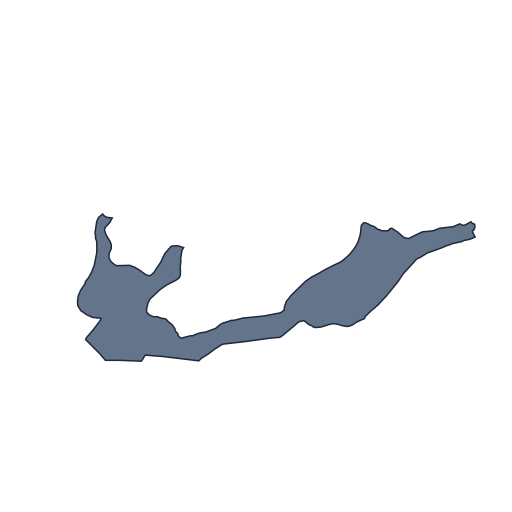 Nahualá, Sololá, Guatemala, rotated 227°
{"feature_id": "79465075B99753253329912", "entity_name": "Nahualá", "entity_type": "district", "adm_level": 2, "iso_a3": "GTM", "parent_name": "Guatemala", "parent_adm1": "Sololá", "projection": "equal_earth", "projection_center": [-91.386, 14.735], "detail": "fine", "context": "isolated", "style": "filled", "palette": "slate", "viewbox_px": 512, "rotation_deg": 227, "n_neighbors": 0, "source": "geoboundaries", "source_scale": "gbopen_adm2", "svg_char_len": 3157}
<svg xmlns="http://www.w3.org/2000/svg" viewBox="0 0 512 512"><g transform="rotate(227 256 256)"><path d="M180.8,217.2L180.1,218.6L179.7,221.7L178.8,237.4L178.8,240.5L178.3,243.2L177.8,243.9L176.2,246.7L175.5,247.1L169.7,247.9L166.7,249.3L165.3,249.4L162.8,251.0L159.6,255.3L158.3,258.0L155.6,263.7L153.2,267.0L149.8,269.6L146.1,271.6L145.5,272.1L142.7,274.2L141.0,276.4L140.6,277.9L140.1,278.5L138.8,285.3L137.6,288.9L136.2,292.7L137.1,294.0L137.3,295.3L137.4,303.0L137.0,311.7L137.9,324.5L140.4,342.5L142.5,350.9L144.2,371.6L143.1,374.7L141.4,383.3L138.4,390.2L136.5,394.6L135.7,396.5L135.1,398.0L133.6,402.2L131.8,406.1L130.8,408.6L126.6,415.6L126.2,416.4L126.0,417.2L125.8,418.1L124.6,420.1L122.3,424.0L122.1,424.6L121.7,425.6L120.7,428.4L120.4,429.2L121.4,429.4L124.9,430.4L126.6,431.2L126.6,434.1L127.4,434.9L128.3,436.3L130.2,437.6L132.1,436.5L134.4,436.6L136.0,430.1L137.4,428.1L140.5,427.0L143.1,420.0L151.1,409.2L153.4,403.2L157.0,398.2L159.8,394.8L160.8,392.5L164.7,379.5L167.3,377.6L169.1,376.7L176.5,376.0L183.3,374.4L183.8,374.1L184.3,373.5L184.5,372.5L184.5,371.5L184.5,370.1L184.8,369.1L189.0,365.0L191.1,364.3L192.5,363.2L196.7,362.6L200.3,360.7L203.6,359.7L205.9,358.4L206.9,357.2L206.5,353.8L200.7,347.1L197.2,341.1L195.4,336.8L194.3,332.2L193.4,326.1L193.3,320.8L193.7,315.5L193.9,314.0L194.3,312.6L194.5,311.7L195.4,309.2L196.9,304.3L197.3,302.8L197.6,301.8L198.3,299.7L201.1,287.9L202.6,282.8L203.7,275.3L203.3,255.1L202.0,247.0L199.3,242.0L197.3,239.7L197.5,235.8L198.0,235.3L198.0,234.7L200.4,231.0L206.3,221.5L216.5,208.0L219.5,204.2L221.3,200.9L223.8,196.3L226.0,193.7L226.8,191.6L229.7,185.7L230.3,183.0L230.6,177.1L234.6,167.6L237.8,162.8L239.8,158.5L240.6,155.8L242.6,153.2L245.7,147.5L246.6,145.5L248.6,144.7L251.3,144.9L252.4,145.9L254.5,145.7L257.1,146.3L258.3,147.2L260.6,147.5L263.9,147.8L266.7,147.1L271.5,147.1L275.1,144.3L279.2,142.3L281.3,139.7L285.2,137.9L289.5,137.7L291.8,139.8L295.2,144.7L296.8,149.2L296.9,162.1L296.3,167.2L295.6,171.4L292.9,180.7L292.4,185.1L293.7,187.7L297.7,191.6L298.5,191.8L303.3,197.3L305.8,199.5L310.6,205.6L311.5,208.8L316.9,205.7L320.6,201.4L320.9,200.1L320.1,191.5L318.7,187.6L318.1,186.1L317.0,183.6L316.3,181.3L315.7,179.0L315.1,175.9L313.6,170.4L313.6,168.1L313.7,165.6L314.1,164.8L317.0,162.8L325.1,161.2L327.9,160.4L330.8,159.5L335.4,157.2L340.3,151.6L344.0,147.5L346.0,146.7L350.7,146.1L354.1,147.0L356.0,148.1L358.0,150.3L360.2,155.3L363.0,157.9L365.9,159.1L374.1,160.9L378.3,162.9L379.7,165.0L380.2,171.9L381.9,176.8L386.0,173.3L388.6,172.4L391.3,172.5L391.6,167.2L389.9,163.1L382.6,153.9L380.1,152.4L378.3,150.5L376.5,150.1L374.8,149.0L369.2,144.0L366.6,141.2L359.5,131.4L357.8,127.6L356.7,125.9L354.3,118.6L353.7,114.1L352.3,111.9L350.6,104.5L348.2,99.1L344.8,94.7L341.2,91.8L335.5,90.6L328.3,92.2L322.6,94.6L316.2,100.1L315.1,98.3L313.1,86.8L311.9,76.2L311.1,74.4L290.6,75.1L282.4,74.7L272.6,85.2L260.6,97.1L257.3,100.4L257.7,102.5L258.7,105.9L259.0,107.3L257.6,108.8L255.3,110.8L250.9,114.8L247.7,117.9L218.3,142.7L218.5,146.3L216.9,154.2L216.3,160.5L214.6,170.5L213.6,172.4L201.0,189.4L185.5,211.4L180.8,217.2Z" fill="#64748b" stroke="#1e293b" stroke-width="1.5"/></g></svg>